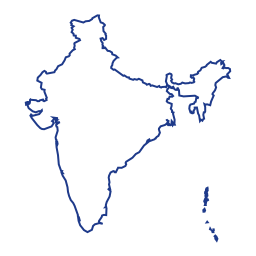 an SVG outline of India
{"feature_id": "IND", "entity_name": "India", "entity_type": "country or territory", "adm_level": 0, "iso_a3": "IND", "parent_name": "Asia", "parent_adm1": "", "projection": "albers", "projection_center": [83.514, 21.122], "detail": "fine", "context": "isolated", "style": "outline", "palette": "blue", "viewbox_px": 256, "rotation_deg": 0, "n_neighbors": 0, "source": "natural_earth", "source_scale": "50m", "svg_char_len": 5766}
<svg xmlns="http://www.w3.org/2000/svg" viewBox="0 0 256 256"><path d="M25.8,102.6L27.4,102.0L29.9,102.1L30.1,99.7L30.5,99.4L30.8,99.8L36.0,100.2L37.7,101.2L39.2,101.1L39.8,100.4L42.7,99.6L43.1,99.6L43.2,100.7L44.1,101.2L46.6,100.0L46.1,98.6L46.8,97.8L44.4,91.7L44.6,89.8L41.9,89.2L40.9,87.5L41.6,82.8L37.3,80.6L37.8,77.6L40.5,75.0L42.5,72.2L44.4,70.9L45.9,71.8L46.2,73.1L46.9,73.6L54.4,72.2L55.1,70.5L56.4,69.3L58.1,66.2L62.1,64.3L64.6,60.3L65.8,57.3L68.8,56.3L69.7,55.3L69.6,53.6L72.8,50.2L74.8,49.2L74.1,47.9L74.7,45.8L74.3,43.8L74.6,43.0L80.0,40.2L79.4,38.9L75.8,37.8L75.8,35.7L73.7,35.5L73.5,33.7L71.6,32.1L72.7,29.7L71.6,27.9L73.6,26.3L71.3,25.1L71.8,23.9L70.7,22.7L72.0,20.7L74.2,19.9L83.4,22.5L85.6,21.3L89.3,20.9L92.1,19.1L92.4,18.2L97.4,15.4L99.0,15.5L98.8,17.3L100.7,22.4L102.9,23.1L104.8,24.8L104.8,25.4L103.2,27.0L103.5,31.1L105.7,33.7L105.4,34.6L106.1,35.5L106.1,38.9L104.1,40.0L102.6,38.1L100.6,38.6L101.2,41.0L102.7,43.1L102.4,44.8L103.1,45.8L102.6,46.9L102.6,48.1L104.2,48.1L104.5,47.4L105.1,47.5L107.6,50.8L109.7,51.1L112.0,52.5L112.3,54.3L115.6,55.5L117.8,57.5L116.7,57.7L113.6,60.9L112.5,63.3L112.3,65.1L111.3,66.7L111.2,68.0L113.5,69.8L114.7,69.5L123.3,75.8L124.3,75.4L127.4,77.4L129.0,77.4L129.4,78.6L133.2,79.8L134.3,79.1L137.0,79.7L138.8,78.8L142.4,80.4L142.9,82.4L146.0,83.8L146.8,84.7L149.1,83.9L150.0,84.4L150.7,85.8L152.2,85.4L157.1,87.0L159.2,86.0L159.8,87.0L161.2,87.5L162.0,87.0L165.1,86.8L166.1,87.2L167.2,84.5L165.9,81.3L166.8,76.3L166.5,75.1L166.8,74.8L169.7,73.5L171.3,74.2L171.7,75.2L171.1,78.0L172.1,79.6L171.1,80.8L172.0,82.4L174.0,83.5L175.3,83.2L178.3,84.3L180.8,83.8L182.3,82.6L185.1,83.4L188.9,83.1L189.9,82.5L191.6,82.9L193.8,82.3L194.3,81.8L193.7,80.4L194.2,78.9L193.5,77.6L191.8,77.8L190.8,76.9L190.9,75.3L193.3,75.4L194.2,74.8L197.2,74.0L198.1,73.1L197.8,72.5L198.1,71.8L200.4,70.3L201.7,67.8L205.1,66.8L206.5,65.7L206.8,64.9L210.7,61.8L211.8,62.8L216.1,63.6L216.9,62.2L220.3,60.0L221.8,61.5L222.6,61.4L221.1,62.9L221.3,64.1L223.3,62.9L224.4,65.1L222.6,68.1L223.4,68.4L224.8,67.5L226.0,68.1L228.1,68.0L229.9,69.0L230.2,71.2L227.2,74.3L229.1,77.9L228.1,77.8L226.4,76.4L222.7,77.2L215.7,83.0L215.3,85.1L216.1,87.4L215.0,90.3L212.6,93.5L212.5,94.3L213.7,95.5L211.1,101.5L210.2,105.2L207.0,104.3L205.7,104.7L204.4,104.0L205.2,107.0L205.2,111.4L204.8,112.3L203.8,112.3L203.3,114.9L204.1,118.7L203.3,119.1L202.4,120.7L201.0,119.7L200.0,121.0L199.1,115.4L198.1,113.5L196.9,107.5L194.7,107.6L194.8,109.0L193.6,110.8L193.7,112.7L192.8,113.3L192.0,112.9L191.4,111.6L190.9,111.7L190.9,112.7L190.5,112.5L189.3,108.7L189.6,106.0L190.5,104.5L194.1,103.6L194.6,102.2L195.6,101.8L196.3,98.0L197.8,98.1L198.0,97.4L194.9,95.7L183.6,96.4L179.3,95.5L179.0,90.3L177.8,88.2L177.3,88.4L177.1,89.9L175.8,89.9L174.5,89.2L173.2,86.8L172.6,87.1L172.9,88.1L171.9,88.1L170.9,87.8L170.4,86.7L168.7,85.7L168.6,86.4L169.2,87.2L167.3,89.5L166.8,91.1L169.8,93.9L171.7,94.2L173.1,96.0L172.2,96.7L169.6,96.6L168.7,99.1L167.5,98.9L166.7,101.2L167.6,102.3L171.7,103.9L171.6,106.0L170.8,108.7L172.1,110.5L172.0,112.0L173.5,112.5L173.0,113.7L174.6,119.7L174.5,122.4L174.0,122.5L174.8,124.7L173.7,124.7L173.3,124.0L172.6,125.3L172.1,124.2L172.4,122.0L171.7,121.1L171.4,124.8L170.4,125.2L169.2,124.0L169.0,125.1L168.1,125.1L167.6,124.6L168.5,121.0L167.0,120.1L166.6,119.2L166.8,120.1L168.2,121.2L166.8,123.6L164.9,125.0L160.7,126.3L159.0,128.5L158.9,129.5L159.9,132.7L158.4,135.9L156.6,137.0L155.7,138.4L154.7,138.0L155.2,138.5L154.5,139.3L149.9,141.0L149.3,140.9L149.8,140.5L149.3,139.4L147.5,140.5L147.0,141.8L148.4,141.1L148.9,141.5L144.0,145.5L139.2,152.2L135.8,154.0L132.5,157.7L126.2,161.7L125.6,163.0L126.2,164.2L125.4,166.0L121.7,167.8L118.1,167.7L115.8,172.3L114.6,172.2L114.3,171.4L113.3,171.1L110.6,172.5L109.1,175.6L108.7,177.6L109.5,182.3L109.0,184.4L110.4,190.2L109.2,188.4L108.5,189.2L110.6,191.2L109.6,196.5L106.7,202.0L105.8,205.2L106.1,206.2L105.3,207.2L106.1,207.1L106.5,208.2L106.2,215.1L103.8,214.9L102.1,215.5L101.6,217.2L99.1,220.8L98.9,221.7L99.6,222.6L102.7,223.8L99.3,223.1L94.9,224.3L93.1,225.9L91.9,229.8L87.5,232.1L84.0,230.1L80.2,225.3L78.6,220.9L78.1,217.2L78.9,218.0L79.0,220.3L79.7,220.3L78.9,217.3L77.8,215.9L77.9,215.0L74.6,205.8L73.2,203.0L70.8,200.1L69.1,196.0L68.0,191.9L67.5,187.2L65.7,180.5L62.7,175.7L61.7,173.1L62.7,173.1L61.6,171.7L62.1,171.0L61.0,170.6L58.8,164.4L58.0,155.1L56.5,146.8L57.6,143.9L57.4,142.8L56.3,144.2L56.2,143.3L56.3,141.6L57.6,141.8L56.2,141.1L56.4,139.8L55.9,139.3L55.6,137.3L57.7,130.7L57.3,127.1L56.5,126.6L56.1,125.0L56.9,124.2L56.1,124.3L59.8,122.2L55.7,122.4L56.1,120.9L57.0,120.2L55.7,120.1L56.0,118.7L57.9,118.2L53.4,117.6L54.3,118.3L54.0,119.1L52.1,121.1L53.3,121.9L53.5,123.5L51.6,126.4L44.2,129.2L42.0,129.0L40.3,128.1L37.3,125.1L31.8,118.1L30.4,115.6L31.1,114.5L32.6,115.8L39.2,114.1L41.9,110.9L41.8,110.2L40.6,111.3L39.1,111.1L35.7,112.3L32.7,111.3L28.7,108.2L27.4,105.0L30.2,103.0L26.1,104.7L25.8,102.6ZM205.8,203.8L205.4,203.8L204.2,201.2L205.2,198.7L206.0,198.4L205.4,195.9L206.0,189.4L206.5,188.3L207.5,187.8L207.7,189.0L207.3,189.5L207.7,190.4L206.4,192.7L207.1,193.3L207.4,195.8L206.5,196.7L206.7,198.3L205.8,200.2L206.3,201.1L205.8,203.8ZM217.4,238.8L216.7,240.6L215.3,238.7L215.4,237.3L216.5,236.9L217.4,238.8ZM204.6,211.6L203.5,211.7L203.3,210.1L204.5,208.9L205.1,210.4L204.6,211.6ZM213.1,232.1L212.5,232.1L212.2,231.1L212.5,231.0L213.1,232.1ZM213.8,230.6L213.4,230.9L213.4,229.4L213.7,229.4L213.8,230.6ZM215.7,236.0L215.0,236.8L214.6,236.3L215.3,235.6L215.7,236.0ZM207.6,222.3L206.8,222.4L207.2,221.8L207.6,222.3ZM205.7,205.0L204.9,205.0L205.2,204.1L205.6,204.4L205.7,205.0ZM207.9,199.7L208.3,200.8L207.4,200.0L207.9,199.7ZM210.2,228.6L210.8,229.6L210.0,229.2L210.2,228.6ZM205.3,192.7L205.0,193.9L205.1,192.6L205.3,192.7Z" fill="none" stroke="#1e3a8a" stroke-width="2"/></svg>